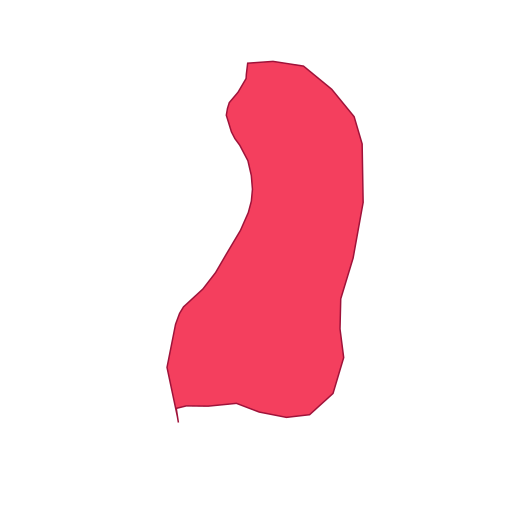 the district of L'Hermitage, Gros Islet, Saint Lucia, rotated 143°
{"feature_id": "8701671B71072292356728", "entity_name": "L'Hermitage", "entity_type": "district", "adm_level": 2, "iso_a3": "LCA", "parent_name": "Saint Lucia", "parent_adm1": "Gros Islet", "projection": "orthographic", "projection_center": [-60.94, 14.065], "detail": "fine", "context": "isolated", "style": "filled", "palette": "rose", "viewbox_px": 512, "rotation_deg": 143, "n_neighbors": 0, "source": "geoboundaries", "source_scale": "gbopen_adm2", "svg_char_len": 719}
<svg xmlns="http://www.w3.org/2000/svg" viewBox="0 0 512 512"><g transform="rotate(143 256 256)"><path d="M146.6,415.0L154.3,407.0L157.1,403.7L171.8,397.6L185.0,394.6L190.0,391.0L195.0,386.3L197.8,378.5L200.9,370.0L202.2,362.5L202.3,354.2L205.1,337.0L211.3,323.1L218.7,311.4L226.7,302.6L236.0,295.3L253.0,285.8L265.5,280.7L278.2,275.5L298.2,267.1L318.3,261.6L344.5,259.0L351.5,256.2L361.3,249.9L394.1,220.6L415.4,175.1L418.2,169.7L411.4,182.3L401.8,178.2L384.6,164.9L360.3,150.1L347.4,129.5L328.8,108.8L308.7,97.0L277.2,99.9L247.1,122.1L232.8,147.2L214.1,170.8L179.7,195.9L138.2,234.3L103.8,281.6L93.8,308.2L95.2,343.6L103.8,379.1L125.3,401.2L146.6,415.0Z" fill="#f43f5e" stroke="#9f1239" stroke-width="1.5"/></g></svg>